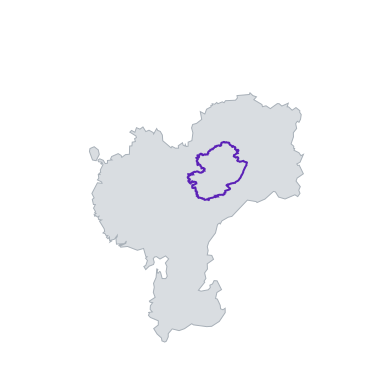 Qinghai on a map of China (Equal Earth projection), rotated 131°
{"feature_id": "CHN-1151", "entity_name": "Qinghai", "entity_type": "Province", "adm_level": 1, "iso_a3": "CHN", "parent_name": "China", "parent_adm1": "", "projection": "equal_earth", "projection_center": [96.897, 35.43], "detail": "fine", "context": "in_parent", "style": "outline", "palette": "violet", "viewbox_px": 384, "rotation_deg": 131, "n_neighbors": 0, "source": "natural_earth", "source_scale": "10m", "svg_char_len": 9546}
<svg xmlns="http://www.w3.org/2000/svg" viewBox="0 0 384 384"><g transform="rotate(131 192 192)"><path d="M217.9,275.9L211.5,272.9L210.9,269.5L211.9,267.7L207.4,266.7L204.6,264.0L198.2,269.2L196.6,267.6L193.6,269.8L191.1,267.8L189.4,270.3L187.4,269.6L186.5,271.1L187.6,278.2L185.2,278.0L184.4,274.3L179.9,276.1L178.7,272.5L175.1,271.7L176.7,266.5L173.6,265.0L172.6,260.4L173.4,259.0L167.3,260.3L168.0,258.3L167.1,255.7L168.5,251.7L172.5,247.7L172.4,236.8L170.7,237.0L169.8,233.2L167.7,230.9L166.1,232.7L161.1,231.5L162.5,229.3L161.9,227.5L160.5,228.3L161.5,226.2L160.0,225.0L156.9,227.6L153.3,225.8L146.8,230.1L143.9,234.4L140.6,235.8L137.3,233.6L130.8,232.3L125.9,238.5L124.7,233.5L120.0,235.3L115.2,233.5L114.2,234.6L113.0,233.4L112.2,234.7L110.8,232.4L108.2,232.1L108.4,230.4L104.1,228.3L103.6,226.4L101.1,226.6L94.2,219.4L91.3,219.4L89.7,221.3L80.8,212.7L79.1,213.3L79.3,209.3L77.9,205.8L81.8,205.9L80.1,196.6L81.4,194.8L78.4,192.7L77.7,187.6L69.3,185.6L68.2,184.2L68.2,180.6L61.8,177.6L65.3,176.1L64.4,174.9L64.6,170.1L60.1,168.9L59.9,163.9L61.2,163.1L61.9,160.4L65.9,157.8L69.2,157.0L69.5,158.9L72.4,158.6L75.4,154.7L80.8,154.4L83.8,151.6L90.7,148.8L90.7,145.2L92.4,144.0L91.8,143.1L93.6,142.4L92.2,137.1L93.1,133.6L90.5,132.6L98.6,130.0L102.1,131.3L102.6,129.6L101.4,128.7L105.2,119.9L112.5,121.8L115.5,120.6L116.9,113.8L120.6,112.6L122.2,109.6L126.1,109.2L126.6,112.5L136.2,117.2L139.0,123.3L137.2,129.1L138.1,130.9L149.5,132.3L157.3,136.0L157.2,137.4L161.8,144.9L184.2,145.9L187.2,148.1L194.1,150.5L197.6,149.7L197.6,151.0L199.8,151.4L207.5,147.4L218.7,146.5L223.2,144.6L225.6,141.4L229.5,139.2L226.9,135.5L228.7,131.6L236.2,133.4L240.0,129.8L244.8,129.4L248.1,124.8L251.4,124.4L251.7,123.2L262.0,122.7L260.9,120.1L255.2,115.6L252.1,115.5L250.6,117.4L247.9,116.2L244.4,117.2L242.6,114.8L246.3,105.7L251.5,107.3L256.9,104.4L256.2,102.6L259.0,96.4L261.4,93.8L260.6,91.4L258.0,90.7L261.3,87.8L271.7,86.5L280.4,89.0L283.9,92.5L291.3,103.7L291.6,105.8L300.1,108.0L305.1,110.8L308.3,117.1L314.5,117.0L316.9,114.9L321.4,113.5L323.1,114.1L324.1,117.0L322.2,119.3L322.1,125.1L320.2,131.3L314.5,130.2L311.3,132.9L314.0,141.1L313.7,143.9L311.0,144.9L311.7,146.0L308.5,143.3L308.1,146.5L305.1,148.8L301.3,149.1L302.7,151.3L302.3,152.6L295.7,150.7L293.1,155.4L288.6,158.0L286.2,161.1L280.1,163.0L273.2,168.1L272.8,167.0L275.2,165.9L275.7,164.3L273.2,164.3L273.1,163.3L276.9,157.7L274.6,155.0L271.8,155.4L269.1,159.3L264.6,162.1L263.1,165.5L257.8,165.7L257.6,170.0L263.6,172.2L264.1,176.5L265.7,177.6L267.8,177.5L269.8,174.4L271.9,173.5L276.2,175.7L280.9,176.0L279.8,179.5L277.8,178.7L272.9,180.7L272.4,183.7L270.3,183.3L270.9,184.6L266.4,191.5L271.8,195.0L275.4,204.9L280.4,209.6L280.2,210.9L274.2,208.3L272.0,209.4L275.2,209.1L280.9,214.8L276.9,219.0L274.8,219.1L273.6,220.0L278.6,219.6L282.7,222.3L280.2,224.7L282.4,224.7L282.3,226.9L280.1,227.0L281.3,228.1L280.5,230.1L281.3,232.3L279.1,232.0L277.4,234.1L274.6,242.8L272.4,241.9L274.0,244.7L272.1,246.5L270.5,246.1L272.9,246.9L273.1,250.8L271.0,250.4L271.6,251.8L270.1,252.0L268.8,255.7L264.9,256.7L266.1,258.2L263.0,262.4L260.7,262.0L258.8,266.6L247.1,269.4L244.5,265.6L243.7,266.8L244.9,271.3L242.7,271.4L240.3,274.2L239.2,272.9L239.0,274.4L237.2,273.7L235.6,275.6L229.8,277.1L228.7,279.6L230.5,282.4L229.7,283.9L227.5,283.4L226.3,279.8L227.5,276.1L225.7,274.7L223.7,276.5L220.3,273.4L220.5,275.1L217.9,275.9ZM231.3,284.9L233.1,288.1L228.7,296.0L226.1,297.5L222.0,295.5L221.7,290.4L224.5,286.6L231.3,284.9ZM280.8,212.2L279.2,211.8L277.6,210.2L278.8,210.5L280.8,212.2ZM283.6,221.1L282.4,221.4L282.0,220.6L283.6,221.1ZM274.1,249.5L273.5,250.5L273.5,249.2L274.1,249.5ZM229.3,279.3L230.4,278.7L230.4,279.5L229.3,279.3Z" fill="#d9dde1" stroke="#a8b0b8" stroke-width="1"/><path d="M146.2,165.6L146.7,165.7L147.1,165.4L147.8,165.4L148.4,165.2L148.9,164.9L149.5,164.9L149.9,164.7L150.6,164.9L151.7,164.6L153.2,164.7L153.9,164.8L154.3,165.1L155.2,165.4L155.6,165.6L156.5,165.6L156.9,165.5L157.6,166.3L158.1,166.5L158.7,167.2L159.1,167.4L159.5,167.8L160.1,168.0L160.3,168.4L160.6,168.5L161.0,168.7L161.4,168.7L162.3,169.2L162.3,169.6L162.4,169.8L163.4,170.2L164.1,170.4L164.3,170.3L164.3,170.2L164.4,169.1L164.2,168.6L164.4,168.4L164.4,168.1L164.4,167.3L164.5,166.5L164.3,165.9L164.6,165.4L165.1,165.3L166.1,165.7L169.3,167.7L170.2,166.9L170.3,166.6L170.5,166.4L170.7,166.5L171.0,166.8L171.7,166.9L172.1,166.5L172.3,166.1L172.5,166.1L173.1,166.4L173.4,166.7L173.9,166.7L173.9,166.8L173.9,167.1L175.7,168.9L176.0,169.4L177.1,170.3L178.0,170.6L178.4,170.8L178.8,171.2L178.7,170.7L178.4,170.1L178.5,169.6L179.5,170.6L180.4,170.8L180.6,171.1L180.8,171.7L180.9,171.8L182.8,172.7L183.9,173.7L185.8,174.9L186.1,175.3L186.3,175.3L186.4,174.8L186.8,174.1L187.0,174.1L187.1,174.8L187.4,175.0L187.5,175.2L187.3,175.5L187.8,176.0L188.1,176.1L188.8,176.6L189.1,176.8L189.7,177.5L189.5,177.9L189.3,178.7L189.7,179.0L189.9,179.3L190.3,179.7L190.3,180.0L190.0,180.2L190.0,180.4L190.5,180.8L190.6,181.3L190.8,181.5L191.1,182.5L191.4,182.6L192.1,183.2L191.6,184.1L191.9,184.5L191.8,184.9L191.8,185.5L191.2,185.3L190.8,185.5L190.6,185.5L190.5,186.0L190.7,186.8L190.6,187.4L189.9,187.3L189.7,187.4L189.4,187.9L188.8,188.0L188.8,188.4L188.6,188.8L188.9,188.9L189.2,189.3L189.2,189.5L188.9,189.7L188.7,190.2L188.4,190.3L187.9,190.8L187.5,190.9L187.2,191.3L187.1,191.5L187.2,191.8L187.1,192.0L186.8,192.0L186.4,192.4L186.4,192.6L186.6,192.8L186.8,192.8L187.0,192.6L187.2,193.0L187.4,193.2L187.6,193.4L187.9,193.4L188.2,193.6L188.6,194.4L188.4,194.6L188.3,194.9L188.0,195.0L187.9,195.2L187.7,195.3L187.7,195.5L187.4,195.8L187.0,195.8L186.6,196.2L186.3,196.0L186.0,195.8L185.8,195.5L185.6,195.4L184.5,195.1L184.1,194.8L183.2,194.6L182.7,194.3L182.1,195.0L182.0,195.4L182.0,195.7L182.5,196.5L182.8,197.1L183.0,197.4L183.6,197.6L183.8,198.0L183.8,198.8L184.1,198.7L184.5,198.9L184.8,198.9L185.4,198.5L185.7,198.9L185.9,199.7L186.3,199.7L186.6,199.5L186.6,199.9L186.3,200.2L186.2,200.5L186.1,200.8L186.4,201.2L186.1,202.0L185.9,202.1L185.5,201.6L185.1,201.4L184.8,201.7L184.6,201.6L183.9,201.9L183.7,202.5L183.7,203.1L183.8,203.3L184.2,203.6L184.2,203.9L183.9,204.7L183.7,204.9L183.4,204.8L183.1,205.0L182.8,205.1L182.4,204.9L181.6,204.8L181.6,205.0L181.5,205.3L181.4,205.7L181.3,206.2L181.0,206.5L180.7,206.1L180.7,205.9L181.1,205.5L180.8,205.1L180.7,204.8L180.3,204.3L179.7,204.5L179.5,205.1L179.1,205.0L179.0,204.8L179.2,204.4L179.1,203.8L178.7,203.2L178.2,203.1L177.9,202.7L177.7,203.1L177.4,203.3L177.4,203.8L177.2,204.3L176.3,203.9L175.2,203.5L174.9,202.8L174.7,202.7L174.3,202.4L173.2,201.8L172.7,201.0L172.8,200.7L172.6,199.8L172.4,199.6L172.2,199.2L172.2,198.7L171.2,197.6L170.5,197.6L170.2,197.1L169.3,196.9L169.1,197.0L168.6,197.4L168.0,197.5L167.9,196.9L167.7,196.6L167.3,197.1L166.3,197.5L166.2,197.8L166.3,198.3L166.3,199.0L166.5,199.2L166.7,199.3L166.8,199.8L166.9,200.0L167.4,200.1L167.9,200.4L167.8,200.6L167.4,200.8L167.2,201.2L166.8,201.7L166.7,202.1L166.9,202.5L166.8,202.8L166.4,203.1L166.2,203.4L166.3,204.2L166.5,204.7L167.2,205.1L167.3,205.1L167.4,205.4L167.9,205.6L167.8,205.8L167.5,206.2L167.2,206.0L166.2,205.9L166.0,206.4L166.4,206.6L166.3,207.0L166.3,207.3L166.2,207.4L165.9,207.4L165.7,208.0L165.8,208.4L165.6,208.6L165.4,208.6L165.3,208.9L165.1,208.9L164.5,208.9L164.1,209.1L163.3,209.2L163.3,209.3L163.5,209.6L163.4,210.1L163.6,210.6L163.4,211.0L162.9,210.7L162.0,210.5L161.6,210.1L161.3,209.6L160.8,209.7L160.5,210.3L160.9,210.9L160.9,211.4L161.0,211.7L160.8,211.9L160.6,211.8L160.4,211.4L160.4,210.9L160.1,210.8L159.1,210.8L158.8,210.9L158.6,210.6L158.2,210.5L157.5,210.6L157.1,210.2L157.0,209.7L156.8,209.3L156.9,209.0L157.2,208.9L157.1,208.7L157.2,208.4L157.1,208.0L156.7,207.9L156.5,207.5L155.6,207.4L155.1,207.0L155.0,206.9L154.9,206.2L154.1,205.7L153.9,205.3L153.4,204.8L153.0,205.1L152.5,205.3L152.2,205.2L152.1,205.6L151.4,205.8L151.1,206.0L150.6,206.0L150.2,205.8L149.9,205.9L149.6,205.6L149.3,205.5L148.7,205.5L148.2,205.8L148.0,205.5L147.6,205.5L146.8,204.9L146.1,205.0L145.9,204.4L145.2,204.5L144.7,204.3L144.3,204.4L143.0,204.2L142.8,204.3L142.7,204.3L142.3,204.4L142.2,204.0L142.2,203.6L141.8,203.5L141.4,203.7L141.2,203.7L140.9,203.6L140.4,203.0L140.0,202.9L139.2,202.3L138.9,201.9L138.5,201.1L138.4,201.0L138.6,200.9L138.4,200.7L137.5,200.7L137.3,201.2L136.9,201.4L136.4,201.4L136.0,201.9L135.6,202.0L135.2,201.9L134.8,201.6L134.0,201.0L133.7,201.1L133.4,200.9L133.0,200.3L133.0,200.0L133.1,199.7L132.9,199.4L132.6,199.1L132.0,198.9L131.9,198.4L131.7,198.2L131.6,197.8L131.0,197.2L130.5,196.3L130.5,196.1L130.6,195.9L131.0,195.8L131.2,195.4L131.5,194.5L131.5,194.3L131.3,194.2L131.3,193.3L131.2,192.6L131.0,192.2L131.5,191.7L131.5,191.1L131.3,191.0L130.4,190.9L130.4,190.1L129.9,189.2L130.0,188.9L130.1,188.4L130.7,188.2L131.2,187.8L131.3,187.7L131.0,187.4L131.2,187.1L131.2,186.6L131.5,186.0L131.6,185.6L131.4,185.5L130.8,185.5L130.3,185.3L130.0,185.0L130.0,184.6L130.2,184.2L130.7,184.0L131.1,184.0L132.1,184.1L132.3,184.0L132.4,183.8L132.7,182.9L133.0,183.1L133.3,183.7L133.9,183.8L135.4,183.8L136.4,184.5L137.6,184.0L137.7,183.9L137.7,183.6L137.4,182.6L137.2,181.4L136.5,181.2L136.1,180.9L135.8,180.5L135.8,179.8L135.9,179.5L136.5,178.9L137.5,178.8L138.1,178.4L138.6,178.4L138.7,178.0L138.7,177.7L138.4,177.3L138.0,176.7L137.9,175.8L137.7,175.6L137.1,175.3L136.6,174.8L134.8,173.7L134.7,173.5L134.9,173.0L134.9,172.5L133.8,170.5L133.7,169.9L133.9,169.7L134.4,169.7L135.1,169.3L135.8,168.8L136.0,168.5L137.6,168.3L138.4,168.1L138.9,168.1L139.6,167.7L140.4,167.6L142.6,166.9L143.2,166.6L143.7,166.2L144.3,166.1L146.2,165.6Z" fill="none" stroke="#5b21b6" stroke-width="2"/></g></svg>